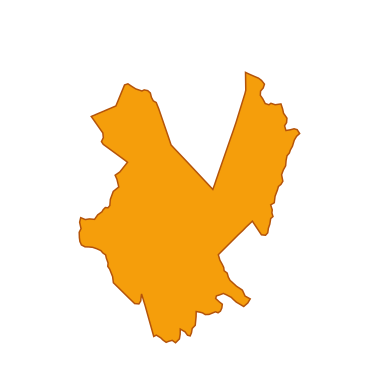 the district of Bonito, Pernambuco, Brazil, rotated 332°
{"feature_id": "56859067B60303107893945", "entity_name": "Bonito", "entity_type": "district", "adm_level": 2, "iso_a3": "BRA", "parent_name": "Brazil", "parent_adm1": "Pernambuco", "projection": "equal_earth", "projection_center": [-35.697, -8.487], "detail": "fine", "context": "isolated", "style": "filled", "palette": "amber", "viewbox_px": 384, "rotation_deg": 332, "n_neighbors": 0, "source": "geoboundaries", "source_scale": "gbopen_adm2", "svg_char_len": 2388}
<svg xmlns="http://www.w3.org/2000/svg" viewBox="0 0 384 384"><g transform="rotate(332 192 192)"><path d="M186.2,66.4L182.7,65.8L165.2,80.3L138.5,78.0L141.0,98.0L139.2,102.4L135.7,105.0L136.0,108.3L137.9,112.2L147.8,132.7L149.0,135.5L137.7,140.4L132.0,141.1L131.7,145.5L129.7,153.2L122.8,154.5L116.5,160.1L113.1,165.4L110.4,166.5L108.2,165.0L105.3,165.9L103.2,167.2L98.0,167.9L93.1,170.4L88.8,167.6L84.8,166.2L81.7,162.4L78.6,165.9L76.8,172.3L73.5,174.6L71.1,179.5L69.8,183.0L69.5,186.8L71.8,190.2L74.8,191.9L78.3,194.2L81.3,197.4L84.0,200.9L84.7,204.0L86.2,207.0L85.3,210.2L84.6,215.2L82.7,218.2L83.1,221.4L82.2,229.4L80.0,235.2L86.5,255.9L89.0,263.6L92.6,265.9L95.6,264.1L97.8,260.8L99.6,258.3L97.2,270.7L90.4,301.6L93.3,301.6L95.9,306.0L96.9,309.2L98.6,312.6L101.4,312.9L104.9,313.7L106.7,317.4L111.9,315.8L114.8,312.0L117.3,307.5L120.2,312.2L120.8,316.3L122.8,318.2L125.4,316.1L128.1,312.6L132.3,311.2L137.0,304.1L139.6,299.5L142.3,301.6L144.5,303.6L146.2,306.5L149.6,308.1L156.5,308.8L158.3,310.9L161.2,310.5L163.9,308.4L166.1,305.3L164.5,301.8L162.9,297.1L164.8,295.2L168.0,295.8L172.1,296.3L174.1,298.9L177.2,303.4L178.1,306.4L179.4,310.0L181.5,313.4L183.9,317.4L189.1,316.2L193.2,313.7L190.0,308.8L190.4,302.3L187.0,296.0L185.6,292.0L184.1,287.9L184.1,284.2L185.0,280.1L183.4,276.6L184.6,273.4L184.7,269.7L184.6,265.3L185.8,259.7L212.7,251.5L218.6,249.9L223.5,248.3L231.6,246.1L233.2,262.4L236.6,264.7L239.7,263.6L242.4,259.9L245.6,256.9L249.0,252.4L252.0,251.7L252.7,248.0L254.5,245.4L255.4,240.3L259.6,240.1L263.3,234.8L268.4,230.3L270.9,227.7L274.2,227.0L277.3,225.1L279.2,218.8L283.0,215.4L287.0,212.8L289.9,208.3L292.9,204.6L296.2,203.3L298.7,201.0L302.1,198.8L306.7,194.2L310.5,191.9L314.5,190.9L314.1,186.3L311.8,184.1L307.9,183.2L303.8,181.8L304.8,177.0L308.1,175.1L310.5,171.4L309.8,165.4L311.0,161.2L311.9,156.0L306.4,154.0L303.3,150.7L300.9,151.1L298.2,148.3L298.2,142.7L297.7,138.7L299.9,135.1L303.7,133.6L306.6,130.8L305.8,126.3L304.2,122.7L301.5,119.4L298.0,115.0L295.4,111.5L287.3,127.3L285.0,129.9L263.5,151.3L256.6,157.8L252.9,161.2L223.9,188.1L221.9,190.0L219.6,192.1L215.5,196.0L211.6,199.5L210.6,195.8L203.5,169.5L201.8,163.2L196.7,144.8L195.6,140.6L197.0,132.3L199.3,117.7L201.7,102.8L202.4,96.2L200.6,93.4L200.6,89.4L201.7,85.0L200.5,81.7L197.7,79.4L195.2,79.3L190.7,74.5L188.4,70.5L186.2,66.4Z" fill="#f59e0b" stroke="#b45309" stroke-width="1.5"/></g></svg>